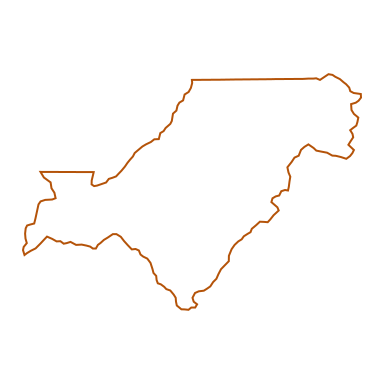 outline of Nova Campina, São Paulo, Brazil
{"feature_id": "56859067B71004196372555", "entity_name": "Nova Campina", "entity_type": "district", "adm_level": 2, "iso_a3": "BRA", "parent_name": "Brazil", "parent_adm1": "São Paulo", "projection": "albers", "projection_center": [-48.98, -24.205], "detail": "fine", "context": "isolated", "style": "outline", "palette": "amber", "viewbox_px": 384, "rotation_deg": 0, "n_neighbors": 0, "source": "geoboundaries", "source_scale": "gbopen_adm2", "svg_char_len": 2539}
<svg xmlns="http://www.w3.org/2000/svg" viewBox="0 0 384 384"><path d="M76.1,244.9L81.7,244.6L86.5,245.6L90.2,246.6L92.8,248.5L95.9,248.5L97.9,244.9L100.5,243.0L103.9,239.9L107.7,237.6L112.9,234.1L116.4,234.1L120.8,236.8L124.1,241.1L127.7,245.1L131.8,249.4L135.6,249.0L138.9,250.5L140.5,254.5L143.2,256.6L147.3,258.6L150.5,262.9L152.5,269.1L153.5,273.0L156.2,275.9L156.6,280.0L157.8,283.3L160.8,284.3L164.2,286.8L166.3,289.1L170.3,290.5L173.7,294.6L175.7,297.8L176.0,301.7L176.8,305.5L181.4,309.3L184.6,309.4L188.5,309.8L191.3,307.5L195.2,307.5L197.1,304.3L193.7,301.7L192.5,297.8L195.0,293.0L198.8,291.3L203.8,290.7L207.0,288.7L210.3,286.4L213.1,282.1L216.4,278.8L218.4,274.2L221.0,269.2L224.5,265.6L228.8,261.2L228.9,255.8L231.6,249.2L234.6,244.9L238.3,241.4L241.7,239.3L243.8,236.3L247.7,233.8L250.5,232.2L251.8,228.8L256.1,225.2L259.9,221.7L264.1,221.9L267.7,222.2L270.3,219.4L273.6,215.2L278.7,210.5L277.4,207.3L274.4,204.7L271.4,202.1L272.5,198.3L275.7,196.4L279.2,195.5L281.3,191.2L285.0,190.0L288.0,190.5L288.8,186.9L289.5,181.5L290.3,176.7L288.5,172.5L287.4,167.3L291.6,162.0L294.5,157.6L298.7,155.7L301.0,149.9L304.4,146.9L308.4,144.4L313.6,148.0L316.3,150.6L321.3,151.6L327.1,152.7L332.3,155.6L335.8,155.8L340.8,157.0L346.3,158.8L350.0,156.1L352.4,153.1L353.9,150.0L348.4,144.8L350.5,141.4L353.2,137.3L352.5,133.9L350.2,130.2L353.0,128.0L356.3,125.6L357.4,122.1L358.3,117.6L353.9,113.9L351.5,110.0L351.1,104.1L355.8,102.7L358.6,100.7L361.0,97.6L360.8,94.0L353.7,93.0L350.3,91.2L349.2,87.6L346.1,84.2L343.5,82.2L339.9,79.1L335.3,76.8L332.5,74.9L328.5,74.2L324.9,76.6L320.0,79.9L316.2,78.3L313.3,78.6L308.3,78.6L303.4,78.9L274.4,79.1L270.6,79.2L234.5,79.5L220.7,79.7L191.9,79.9L192.2,83.0L190.9,87.9L188.6,92.0L184.6,94.5L183.1,100.4L179.4,102.6L177.5,105.7L176.4,110.6L173.0,113.6L171.8,121.0L170.3,123.9L165.6,128.0L163.6,131.1L160.3,133.1L158.8,139.1L154.3,139.3L150.9,142.0L146.1,144.3L142.4,146.5L139.3,149.1L134.7,153.0L132.9,156.5L130.1,159.6L127.5,162.8L124.9,166.6L121.4,170.8L118.6,173.7L116.1,176.4L112.4,177.8L108.8,178.9L106.1,182.5L97.0,185.6L94.1,186.1L91.6,184.4L91.7,180.5L93.7,172.1L40.5,171.9L43.9,177.5L50.6,182.4L51.5,188.3L54.4,192.7L55.6,198.2L52.2,199.5L45.2,199.9L40.6,201.4L38.5,204.4L35.5,218.3L34.2,223.5L30.0,224.6L27.1,225.5L25.7,228.3L25.1,233.6L25.5,238.6L26.8,243.1L23.7,246.9L23.0,250.1L24.5,255.0L27.0,253.1L30.8,250.8L35.6,248.4L40.5,243.5L44.6,239.1L47.0,236.6L52.2,238.9L56.6,241.4L60.4,241.2L63.7,243.7L66.7,243.1L70.5,241.9L76.1,244.9Z" fill="none" stroke="#b45309" stroke-width="2"/></svg>